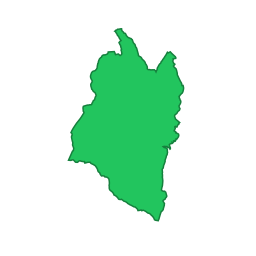 Treznea, Salaj, Romania (orthographic projection), rotated 253°
{"feature_id": "2599482B74175634097496", "entity_name": "Treznea", "entity_type": "district", "adm_level": 2, "iso_a3": "ROU", "parent_name": "Romania", "parent_adm1": "Salaj", "projection": "orthographic", "projection_center": [23.093, 47.104], "detail": "fine", "context": "isolated", "style": "filled", "palette": "green", "viewbox_px": 256, "rotation_deg": 253, "n_neighbors": 0, "source": "geoboundaries", "source_scale": "gbopen_adm2", "svg_char_len": 5896}
<svg xmlns="http://www.w3.org/2000/svg" viewBox="0 0 256 256"><g transform="rotate(253 128 128)"><path d="M180.6,194.0L181.2,194.3L182.3,194.1L186.6,191.6L188.5,190.7L188.1,188.4L188.3,188.1L188.9,187.8L186.8,185.7L186.1,184.8L183.9,182.2L183.5,181.5L182.3,180.3L181.9,179.3L180.5,178.3L179.9,176.9L179.1,176.0L178.9,175.6L178.2,175.2L177.5,174.3L176.6,173.4L175.9,173.3L175.3,172.9L174.4,171.9L173.5,171.2L174.8,171.0L175.0,170.7L176.0,170.2L176.3,168.9L176.6,168.1L176.8,166.9L177.6,165.6L177.9,164.5L178.1,164.2L179.1,163.7L180.3,164.2L181.3,164.3L183.2,164.0L184.1,163.6L186.1,163.5L188.1,162.7L189.1,162.0L190.0,161.6L190.8,161.5L191.9,161.1L192.3,160.8L193.2,159.8L194.3,159.2L195.3,159.4L201.9,159.6L202.5,159.4L203.0,159.1L205.8,159.1L206.3,158.9L207.0,158.4L208.3,158.0L211.2,157.9L211.5,157.7L211.8,157.4L212.2,157.3L212.7,157.0L213.4,155.9L213.8,155.6L214.1,155.0L215.0,154.3L217.0,153.4L217.8,153.4L218.9,153.2L219.5,152.8L219.7,152.1L219.8,151.9L220.9,151.7L222.7,150.7L223.5,150.6L224.7,150.9L224.9,150.6L225.2,148.0L225.5,146.9L224.9,145.5L224.7,144.7L224.9,144.6L224.5,144.1L224.4,143.7L223.9,144.1L220.6,145.0L219.7,145.0L219.2,145.3L218.3,145.7L216.8,146.0L216.0,146.0L215.6,146.2L215.5,146.3L213.6,146.9L213.2,145.6L212.9,145.4L212.6,144.7L212.2,144.3L211.6,144.5L210.0,144.7L209.2,145.0L207.4,144.8L205.2,144.9L205.0,144.7L204.8,144.3L204.6,144.1L203.3,144.2L201.0,143.9L200.2,143.3L200.0,142.9L199.6,141.6L201.6,140.4L201.8,137.5L203.9,137.4L205.1,137.2L206.5,131.3L206.0,131.1L204.9,130.2L204.6,128.1L204.6,127.6L204.8,127.0L204.8,126.4L205.0,126.2L204.9,124.8L204.5,124.2L204.0,123.7L203.6,123.5L203.4,123.0L203.3,122.5L202.4,120.9L200.6,119.4L199.6,118.8L199.0,118.7L198.4,117.9L197.0,117.2L196.4,116.8L194.6,116.1L193.6,115.2L192.7,113.8L192.5,113.2L192.4,112.6L192.5,111.9L192.5,111.2L192.3,110.5L191.5,109.3L190.2,108.3L188.6,107.3L187.0,107.0L185.1,107.2L183.7,107.6L182.6,107.1L181.8,106.4L181.5,105.9L180.8,105.3L180.2,105.0L178.4,104.7L176.9,104.8L176.2,104.6L175.6,104.7L175.1,105.1L173.2,105.5L172.6,105.9L171.5,106.8L169.0,107.1L168.2,106.9L167.1,105.7L164.8,104.3L164.6,103.8L164.5,103.3L164.3,102.8L163.2,102.0L162.9,101.5L162.5,101.2L161.5,100.3L161.2,100.2L161.0,99.9L161.0,99.7L161.4,98.1L161.5,96.8L161.8,95.8L161.8,91.7L161.6,91.5L160.3,90.8L158.2,90.4L157.2,90.1L155.9,90.5L155.2,90.1L152.0,86.4L150.6,84.6L147.6,80.2L143.9,75.7L141.7,73.4L140.2,72.1L139.4,72.7L139.0,72.8L137.3,72.4L137.1,72.0L136.9,71.8L136.3,71.6L136.0,71.3L131.7,70.9L130.7,71.0L129.5,70.7L128.0,70.0L124.5,70.2L123.2,69.5L122.6,69.3L122.1,68.6L122.2,68.3L121.8,67.9L114.6,61.7L114.0,63.1L113.7,64.1L113.8,65.0L113.7,65.8L113.3,66.5L112.2,67.1L111.0,67.6L110.6,67.9L110.0,69.4L110.0,69.9L110.6,71.1L110.8,72.1L110.7,72.5L110.1,73.2L109.6,74.0L109.3,74.7L108.8,75.6L108.7,76.5L108.4,76.7L107.4,76.4L107.1,76.4L107.0,76.6L107.1,77.5L106.9,78.4L107.1,78.7L107.0,79.1L106.7,80.5L106.2,81.9L105.4,82.0L104.7,82.5L103.4,84.0L101.7,85.5L100.9,85.9L98.0,86.7L95.4,86.7L94.7,86.9L93.6,87.8L91.5,88.0L90.0,88.6L89.8,88.8L89.7,89.9L89.0,91.2L87.8,91.7L87.7,92.6L87.2,93.3L86.5,94.0L85.6,94.6L84.5,94.8L82.4,94.5L80.4,94.0L78.5,93.1L77.1,92.9L76.2,92.5L75.4,92.4L74.3,92.4L73.0,93.1L72.7,93.4L71.7,94.1L70.3,94.7L70.1,94.8L68.3,95.1L68.1,95.0L67.4,95.8L66.7,96.3L66.3,96.8L64.0,97.9L63.3,98.0L62.5,98.4L62.3,98.7L61.6,100.4L61.7,101.0L60.6,101.8L59.3,102.6L58.5,103.8L57.8,104.5L56.8,105.3L56.0,105.6L55.3,106.3L53.9,107.5L53.3,108.3L50.8,110.7L50.3,111.8L50.0,112.0L47.7,113.3L46.1,113.4L45.8,115.1L45.8,116.4L45.5,116.9L44.8,117.1L45.0,117.8L44.9,118.6L44.3,119.3L43.0,120.6L40.9,122.1L40.1,123.4L39.5,123.9L38.6,124.5L37.6,124.8L36.6,125.6L34.2,126.4L32.5,126.5L31.7,127.4L30.5,129.8L30.8,130.0L31.8,130.9L35.4,133.2L37.8,134.9L38.3,135.4L38.9,136.9L40.0,138.0L40.5,138.2L43.6,140.2L44.9,140.6L45.1,140.8L47.7,140.1L48.0,140.1L48.4,140.3L48.8,141.3L49.0,142.5L49.3,142.8L50.2,143.6L50.7,144.5L51.2,145.0L51.6,145.2L55.6,145.3L55.9,145.0L56.8,144.6L57.1,143.9L57.0,143.6L57.1,143.3L58.1,142.2L58.7,141.8L61.1,142.9L61.7,143.4L63.1,144.2L66.1,145.4L67.5,145.9L70.7,146.5L71.1,146.4L71.5,146.8L73.2,147.3L74.4,147.4L75.4,148.0L78.5,148.6L79.5,150.0L81.7,151.1L83.7,152.7L85.1,153.7L85.6,153.9L86.4,154.0L87.1,154.6L89.0,156.0L90.2,156.6L91.0,157.6L92.5,158.3L93.1,158.7L93.6,158.8L94.5,158.8L95.7,159.3L96.8,159.3L97.3,158.9L98.2,158.0L98.7,156.9L99.9,156.2L99.8,157.5L99.5,158.0L99.2,159.0L99.0,159.3L99.0,159.9L98.8,160.1L98.1,160.2L97.9,160.5L97.7,160.9L97.2,161.4L96.3,161.8L95.5,162.0L95.7,162.4L96.6,162.7L98.6,162.6L100.1,162.7L100.5,163.9L100.3,165.7L100.4,165.9L100.9,165.9L100.9,166.0L101.1,166.0L100.8,166.3L100.7,166.6L101.3,167.3L102.2,167.7L102.2,168.1L102.4,168.3L102.4,168.5L101.9,168.4L101.5,168.7L101.6,169.4L102.6,170.3L103.4,170.7L103.5,170.8L103.1,171.2L103.2,171.7L103.7,172.2L104.8,173.6L105.8,174.3L106.6,174.5L107.4,174.5L107.8,174.2L108.4,173.6L109.3,172.3L109.5,172.2L109.7,172.3L109.8,172.7L110.6,172.4L111.7,171.3L112.0,171.4L113.6,173.0L114.1,173.1L114.9,173.0L115.5,173.1L115.6,173.3L115.7,173.8L115.4,174.1L115.0,174.3L114.6,175.0L116.4,176.6L116.8,177.3L117.0,178.0L117.7,178.0L118.1,179.0L122.8,176.0L123.5,176.1L125.2,175.9L126.2,176.2L126.7,176.7L127.1,177.3L127.4,178.4L127.7,179.0L129.2,180.5L129.8,182.1L130.4,182.8L131.5,183.4L132.1,183.1L134.2,183.2L135.3,184.5L136.5,185.6L137.6,186.2L139.0,186.3L139.6,185.9L140.4,186.1L141.8,185.8L143.0,186.3L143.2,186.1L143.6,186.5L145.3,189.3L145.5,190.0L146.6,191.1L149.2,192.6L149.9,192.8L150.7,193.0L152.6,193.1L152.8,192.1L155.1,192.3L157.7,191.7L160.4,191.3L160.8,191.2L161.8,191.1L163.9,190.8L164.4,190.7L165.9,191.1L167.2,191.2L169.1,191.3L170.7,191.2L171.3,190.7L171.7,190.6L172.8,189.9L173.8,189.6L174.0,189.6L175.0,191.2L175.3,191.5L175.5,191.4L176.4,190.5L177.4,190.6L178.1,190.4L178.8,190.3L180.2,191.3L180.9,191.3L180.7,193.5L180.6,194.0Z" fill="#22c55e" stroke="#15803d" stroke-width="1.5"/></g></svg>